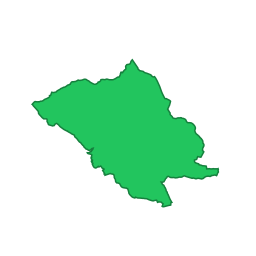 Treznea, Salaj, Romania (orthographic projection), rotated 15°
{"feature_id": "2599482B74175634097496", "entity_name": "Treznea", "entity_type": "district", "adm_level": 2, "iso_a3": "ROU", "parent_name": "Romania", "parent_adm1": "Salaj", "projection": "orthographic", "projection_center": [23.093, 47.104], "detail": "fine", "context": "isolated", "style": "filled", "palette": "green", "viewbox_px": 256, "rotation_deg": 15, "n_neighbors": 0, "source": "geoboundaries", "source_scale": "gbopen_adm2", "svg_char_len": 5892}
<svg xmlns="http://www.w3.org/2000/svg" viewBox="0 0 256 256"><g transform="rotate(15 128 128)"><path d="M181.2,194.8L181.8,195.0L182.9,194.8L187.3,192.3L189.2,191.4L188.8,189.1L189.0,188.8L189.6,188.5L187.4,186.3L186.7,185.5L184.6,182.8L184.1,182.1L182.9,180.9L182.5,179.9L181.1,178.8L180.5,177.4L179.7,176.6L179.5,176.2L178.8,175.7L178.1,174.8L177.2,173.9L176.4,173.8L175.8,173.5L174.9,172.4L174.1,171.7L175.3,171.5L175.6,171.2L176.6,170.7L176.9,169.4L177.2,168.6L177.4,167.3L178.2,166.1L178.5,164.9L178.7,164.6L179.7,164.2L180.9,164.6L182.0,164.8L183.8,164.4L184.7,164.0L186.8,163.9L188.8,163.1L189.8,162.4L190.7,162.0L191.6,161.9L192.6,161.5L193.0,161.2L193.9,160.2L195.0,159.6L196.1,159.8L202.7,160.0L203.4,159.8L203.9,159.4L206.7,159.5L207.2,159.3L207.9,158.8L209.2,158.3L212.2,158.2L212.5,158.0L212.6,157.8L212.8,157.7L213.2,157.7L213.7,157.3L214.4,156.2L214.8,156.0L215.1,155.3L216.0,154.6L218.0,153.7L218.9,153.7L220.0,153.5L220.6,153.1L220.7,152.4L220.9,152.2L222.0,152.0L223.8,151.0L224.6,150.9L225.9,151.1L226.0,150.8L226.3,148.2L226.7,147.1L226.0,145.7L225.9,144.9L226.0,144.8L225.7,144.3L225.5,143.9L225.0,144.3L221.6,145.2L220.8,145.2L220.3,145.5L220.2,145.6L219.3,145.9L217.8,146.2L217.1,146.2L216.6,146.4L216.5,146.5L214.6,147.1L214.1,145.8L213.9,145.6L213.6,144.9L213.2,144.5L212.6,144.7L210.9,144.9L210.1,145.2L208.4,145.0L206.1,145.1L205.9,144.9L205.7,144.5L205.5,144.3L204.2,144.3L201.9,144.1L201.1,143.4L200.9,143.1L200.5,141.7L202.4,140.6L202.7,137.6L204.8,137.5L206.0,137.3L207.4,131.4L206.9,131.1L205.7,130.2L205.4,128.1L205.5,127.6L205.7,127.0L205.7,126.4L205.9,126.1L205.8,124.8L205.4,124.1L204.9,123.6L204.5,123.4L204.2,123.0L204.1,122.4L203.3,120.8L201.5,119.3L200.4,118.7L199.8,118.6L199.3,117.8L197.8,117.1L197.2,116.7L195.4,116.0L194.4,115.1L193.4,113.7L193.2,113.1L193.1,112.4L193.2,111.8L193.2,111.0L193.0,110.3L192.2,109.1L191.0,108.1L189.3,107.1L187.7,106.7L185.7,107.0L184.3,107.4L183.2,106.9L182.4,106.1L182.1,105.6L181.5,105.0L180.8,104.7L179.0,104.4L177.5,104.6L176.8,104.3L176.2,104.4L175.6,104.8L173.7,105.3L173.1,105.6L172.0,106.5L169.5,106.8L168.7,106.6L167.6,105.5L165.2,104.1L165.0,103.5L164.9,103.0L164.7,102.5L163.6,101.7L163.3,101.2L162.9,100.9L161.9,99.9L161.6,99.9L161.4,99.6L161.4,99.3L161.8,97.7L161.9,96.4L162.2,95.5L162.2,91.3L162.0,91.0L160.6,90.4L158.5,90.0L157.5,89.7L156.2,90.1L155.6,89.6L152.3,85.9L150.9,84.1L147.8,79.6L144.1,75.1L141.9,72.8L140.3,71.5L139.5,72.1L139.2,72.2L137.4,71.7L137.2,71.3L137.0,71.1L136.4,71.0L136.1,70.7L131.7,70.2L130.7,70.3L129.5,70.1L128.0,69.4L124.4,69.6L123.2,68.8L122.6,68.6L122.1,68.0L122.1,67.6L121.7,67.2L114.5,61.0L113.8,62.4L113.6,63.4L113.6,64.3L113.5,65.0L113.1,65.8L112.0,66.4L110.8,66.9L110.4,67.2L109.8,68.7L109.8,69.3L110.4,70.5L110.6,71.4L110.5,71.9L109.9,72.6L109.4,73.3L109.1,74.1L108.6,75.0L108.5,75.9L108.2,76.1L107.2,75.8L106.9,75.8L106.7,76.1L106.8,77.0L106.6,77.8L106.8,78.2L106.8,78.5L106.5,80.0L106.0,81.3L105.1,81.4L104.4,82.0L103.2,83.4L101.4,85.0L100.6,85.4L97.7,86.2L95.0,86.2L94.3,86.5L93.2,87.3L91.1,87.6L89.5,88.2L89.3,88.4L89.3,89.4L88.5,90.8L87.3,91.3L87.2,92.1L86.7,92.9L86.0,93.6L85.1,94.2L84.0,94.5L81.9,94.1L79.8,93.6L78.0,92.7L76.5,92.5L75.6,92.1L74.8,91.9L73.7,92.0L72.3,92.7L72.1,93.0L71.0,93.7L69.6,94.3L69.4,94.5L67.7,94.7L67.4,94.6L66.7,95.4L66.0,96.0L65.5,96.5L63.2,97.5L62.6,97.6L61.8,98.0L61.5,98.4L60.8,100.1L60.9,100.7L59.8,101.5L58.5,102.3L57.7,103.5L57.0,104.2L56.0,105.1L55.1,105.4L54.5,106.1L53.0,107.2L52.4,108.1L49.9,110.5L49.4,111.6L49.1,111.9L46.8,113.1L45.1,113.2L44.9,115.0L44.9,116.3L44.5,116.7L43.8,117.0L44.1,117.7L44.0,118.5L43.4,119.2L42.0,120.5L39.9,122.1L39.1,123.3L38.5,123.9L37.6,124.5L36.5,124.8L35.6,125.6L33.1,126.3L31.4,126.5L30.6,127.4L29.3,129.9L29.7,130.0L30.7,131.0L34.3,133.3L36.8,135.0L37.2,135.4L37.8,137.0L39.0,138.1L39.5,138.3L42.6,140.3L43.9,140.8L44.2,141.0L46.8,140.3L47.0,140.3L47.5,140.5L47.9,141.5L48.1,142.6L48.4,143.0L49.3,143.8L49.8,144.7L50.3,145.2L50.7,145.4L54.7,145.5L55.1,145.2L56.0,144.8L56.3,144.1L56.2,143.8L56.3,143.5L57.3,142.4L57.9,142.0L60.3,143.0L60.9,143.5L62.3,144.4L65.4,145.6L66.8,146.1L70.1,146.8L70.4,146.6L70.8,147.0L72.6,147.5L73.8,147.7L74.8,148.2L78.0,148.8L78.9,150.3L81.2,151.4L83.2,153.0L84.6,154.0L85.1,154.2L86.0,154.3L86.6,154.9L88.6,156.3L89.8,156.9L90.6,157.9L92.1,158.6L92.7,159.1L93.2,159.2L94.1,159.1L95.3,159.7L96.4,159.6L97.0,159.2L97.8,158.3L98.4,157.2L99.6,156.5L99.5,157.8L99.2,158.4L98.8,159.4L98.6,159.6L98.6,160.3L98.4,160.5L97.7,160.6L97.5,160.9L97.3,161.3L96.8,161.8L96.0,162.2L95.1,162.4L95.4,162.8L96.2,163.1L98.3,163.0L99.8,163.1L100.2,164.3L100.0,166.1L100.1,166.3L100.6,166.3L100.5,166.7L100.4,167.1L101.0,167.7L101.9,168.1L101.9,168.5L102.1,168.7L102.1,169.0L101.6,168.8L101.2,169.2L101.3,169.9L102.3,170.8L103.1,171.1L103.2,171.3L102.8,171.7L102.9,172.2L103.4,172.7L104.5,174.1L105.6,174.9L106.4,175.0L107.2,175.0L107.6,174.7L108.2,174.1L109.1,172.8L109.3,172.7L109.4,172.8L109.6,173.2L110.4,172.9L111.5,171.8L111.8,171.9L113.5,173.5L113.9,173.6L114.7,173.5L115.3,173.7L115.5,173.9L115.6,174.3L115.3,174.6L114.9,174.8L114.5,175.6L116.3,177.1L116.7,177.9L116.8,178.6L117.6,178.5L118.0,179.6L122.7,176.5L123.4,176.7L125.1,176.5L126.2,176.7L126.7,177.3L127.1,177.9L127.4,179.0L127.7,179.6L129.2,181.1L129.8,182.7L130.5,183.5L131.6,184.0L132.2,183.7L134.3,183.9L135.4,185.1L136.6,186.3L137.8,186.8L139.1,186.9L139.8,186.6L140.6,186.8L142.0,186.4L143.2,186.9L143.4,186.8L143.8,187.2L145.5,190.1L145.7,190.7L146.8,191.8L149.5,193.4L150.1,193.6L151.0,193.8L152.8,193.8L153.1,192.9L155.4,193.1L158.1,192.5L160.8,192.1L161.2,191.9L162.2,191.9L164.3,191.5L164.9,191.5L166.3,191.8L167.6,191.9L169.6,192.0L171.2,191.9L171.8,191.4L172.2,191.3L173.3,190.7L174.3,190.3L174.5,190.4L175.5,191.9L175.9,192.2L176.1,192.1L176.9,191.2L178.0,191.3L178.6,191.1L179.4,191.0L180.8,192.0L181.5,192.1L181.3,194.2L181.2,194.8Z" fill="#22c55e" stroke="#15803d" stroke-width="1.5"/></g></svg>